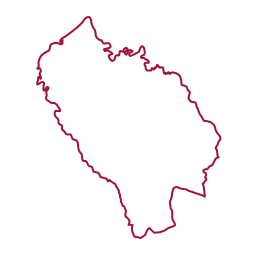 outline of Namacurra, Zambezia, Mozambique, rotated 182°
{"feature_id": "85939544B74893021327700", "entity_name": "Namacurra", "entity_type": "district", "adm_level": 2, "iso_a3": "MOZ", "parent_name": "Mozambique", "parent_adm1": "Zambezia", "projection": "natural_earth1", "projection_center": [37.083, -17.473], "detail": "fine", "context": "isolated", "style": "outline", "palette": "rose", "viewbox_px": 256, "rotation_deg": 182, "n_neighbors": 0, "source": "geoboundaries", "source_scale": "gbopen_adm2", "svg_char_len": 5841}
<svg xmlns="http://www.w3.org/2000/svg" viewBox="0 0 256 256"><g transform="rotate(182 128 128)"><path d="M123.9,31.4L120.3,31.2L120.2,30.1L120.6,27.6L120.5,26.3L119.6,23.4L117.9,19.9L116.5,19.1L114.6,19.4L112.9,18.7L112.0,18.5L111.5,18.6L108.9,20.3L107.1,21.8L106.4,23.7L105.0,27.0L104.2,28.0L103.5,28.4L103.0,28.6L98.2,24.3L92.7,24.9L88.0,26.7L84.8,29.0L83.1,29.9L79.8,31.2L77.9,32.1L77.7,33.2L78.1,34.4L80.0,37.6L80.5,39.0L80.8,42.1L80.8,45.9L81.2,47.0L82.4,49.1L83.5,54.1L83.5,56.1L81.9,60.6L81.6,64.7L80.7,68.6L80.2,69.5L79.1,70.3L77.5,70.7L76.4,70.6L75.2,70.0L73.1,69.3L67.7,68.7L64.6,67.1L61.2,66.3L60.7,66.0L51.3,63.3L49.0,62.2L48.8,63.3L49.0,63.8L50.4,72.5L51.2,74.2L51.3,75.0L51.0,75.3L50.4,75.5L49.1,77.7L48.4,78.2L48.0,78.8L47.9,79.6L48.4,80.5L48.6,80.6L49.0,81.1L49.1,81.8L48.3,83.7L48.2,84.7L48.7,85.4L50.9,86.8L51.2,87.4L51.1,88.0L50.9,88.5L50.2,89.1L47.7,89.7L47.1,89.9L46.3,91.0L45.4,92.3L42.7,93.7L41.5,95.6L39.5,100.1L38.0,101.4L36.6,102.0L37.2,102.7L37.5,103.4L38.3,108.7L39.5,110.8L39.6,111.4L39.2,112.3L37.8,114.5L37.2,117.1L37.0,117.6L35.5,119.5L35.4,120.0L35.4,121.1L35.8,122.6L36.2,123.3L38.3,125.6L40.3,128.9L41.4,132.7L42.3,134.1L44.4,136.0L46.2,137.0L46.7,137.2L47.2,137.1L49.8,137.7L52.5,137.9L54.7,141.7L57.0,144.8L59.4,150.6L60.0,151.2L60.3,151.7L60.5,152.5L60.5,153.5L60.9,154.7L61.4,155.6L61.8,156.0L64.9,156.2L65.9,156.6L66.7,157.2L68.0,158.8L68.4,159.7L68.5,160.7L67.8,164.0L67.4,165.3L67.7,166.6L67.9,166.9L69.4,167.7L69.8,168.5L70.6,170.9L71.2,171.5L72.5,172.0L74.0,172.6L75.2,172.6L75.7,173.0L76.1,174.2L76.4,175.7L76.4,177.1L76.7,178.6L77.4,180.7L78.2,181.8L79.5,183.2L81.8,184.4L85.3,185.2L87.0,184.6L87.5,183.8L88.1,183.6L88.3,184.4L89.4,184.3L89.4,185.1L89.7,185.1L90.7,183.9L92.4,183.3L92.7,183.8L92.7,184.4L93.0,184.5L93.8,184.1L94.1,184.3L94.6,187.5L95.0,188.3L95.0,189.5L96.3,189.9L98.3,189.4L98.6,189.4L99.1,189.9L99.9,191.2L100.3,191.6L101.1,192.0L101.4,191.7L101.7,189.7L102.2,189.5L103.3,189.4L103.3,188.2L104.0,187.5L104.5,188.1L105.4,188.1L106.1,188.6L106.3,188.5L106.6,186.4L109.6,186.1L110.6,186.2L111.3,186.5L112.3,187.7L112.5,188.4L112.5,189.8L113.6,191.7L113.7,192.6L113.1,193.6L111.7,193.9L109.9,193.9L109.5,194.7L109.6,195.5L111.0,196.6L112.4,197.1L114.6,198.5L115.2,198.6L116.9,198.5L117.3,198.8L117.5,199.7L117.1,200.4L114.4,201.9L113.9,203.0L113.9,204.5L114.8,208.6L115.4,209.4L116.4,210.1L116.9,210.2L117.4,209.9L118.2,208.9L119.1,206.9L119.5,204.9L119.8,204.4L127.4,200.3L128.2,200.1L128.7,200.2L129.3,201.0L129.3,202.3L129.1,202.8L128.4,203.4L126.9,204.2L126.5,204.5L126.4,205.3L126.8,205.5L128.1,205.9L129.6,205.7L130.1,205.4L130.5,204.6L131.8,201.6L132.2,201.3L132.5,201.4L133.4,202.0L133.8,202.8L133.7,203.3L132.3,205.4L131.4,206.2L131.2,206.9L131.4,207.4L131.6,207.6L133.2,208.0L134.8,206.6L135.1,205.8L135.2,204.4L135.6,204.0L138.0,204.6L138.5,204.6L138.7,204.4L139.0,203.9L139.2,201.4L139.4,200.6L139.9,200.2L141.8,200.3L142.3,200.1L143.0,199.2L143.5,197.1L144.1,195.7L144.5,195.3L145.7,194.6L146.7,194.6L148.6,196.5L149.6,198.4L149.7,199.2L149.5,200.1L148.3,200.7L146.6,201.2L146.3,201.4L146.3,202.0L147.7,203.2L149.1,203.7L150.6,204.8L151.7,204.8L153.5,204.1L153.9,204.2L154.8,205.7L154.0,206.1L150.8,207.0L148.5,208.0L148.3,208.6L148.3,209.2L148.9,211.0L149.7,211.8L150.4,212.1L152.4,212.0L154.3,211.5L155.5,211.7L155.9,212.0L157.5,214.8L158.4,214.7L159.2,214.9L160.5,215.7L162.4,217.2L163.2,218.6L163.5,219.7L163.6,221.0L164.1,223.5L164.8,225.1L165.9,226.5L167.1,228.7L168.4,232.5L168.8,234.8L169.7,236.7L170.2,237.3L170.8,237.5L172.7,237.3L174.7,235.9L177.3,232.0L179.8,229.2L182.7,226.4L190.8,219.6L194.0,217.2L196.7,215.5L198.1,214.2L198.6,213.4L198.7,212.9L198.7,211.8L198.5,211.6L197.8,211.8L196.5,212.8L196.4,210.6L197.0,209.6L197.5,209.4L198.7,209.3L200.6,210.3L202.1,210.5L204.1,210.4L207.1,209.4L208.2,208.4L208.6,207.6L209.2,203.8L209.9,202.5L212.0,201.4L215.2,199.2L215.8,198.8L217.2,197.2L218.5,195.0L219.3,192.4L219.8,190.5L219.8,190.0L219.4,188.5L219.5,186.6L219.8,185.5L220.6,184.6L220.5,184.1L220.1,183.9L219.2,184.7L218.7,184.7L218.1,184.3L217.1,182.5L217.0,182.0L217.9,180.3L218.2,178.9L217.9,177.8L216.9,176.3L216.7,174.7L217.0,174.3L218.5,175.7L219.0,175.8L219.5,175.6L219.7,175.0L219.3,173.0L220.3,170.7L220.3,169.3L220.1,168.5L219.4,168.6L217.7,169.7L216.5,170.6L215.7,170.9L214.6,170.8L213.6,170.3L213.4,169.2L213.8,167.4L214.0,164.2L213.9,163.5L213.4,162.6L213.1,162.5L212.5,162.7L211.2,165.1L210.4,166.1L209.6,166.1L209.1,165.7L208.9,165.2L209.1,164.4L210.8,161.6L211.0,161.0L210.4,157.9L210.4,157.5L211.0,155.6L211.0,154.8L210.8,154.2L210.4,153.6L209.2,152.7L206.0,150.6L205.3,150.4L202.5,150.4L201.3,149.8L199.7,148.4L197.0,144.6L196.5,143.5L196.6,142.6L196.9,142.5L197.4,142.4L200.4,142.6L200.9,142.5L201.5,141.9L201.7,140.8L201.7,139.2L201.6,138.4L201.1,137.3L198.1,134.3L197.7,132.9L197.6,130.8L197.3,130.0L196.8,129.5L194.6,128.5L194.2,128.0L193.9,127.2L194.0,125.3L193.8,124.4L193.0,123.4L191.3,122.2L189.9,119.9L189.0,119.5L186.0,119.6L185.1,119.4L184.3,118.3L183.2,115.3L181.7,114.5L179.4,113.9L178.2,112.8L177.5,110.6L176.8,105.4L176.4,104.3L175.9,103.2L174.8,101.6L173.8,100.8L173.5,100.3L173.0,98.2L172.9,96.1L172.3,94.3L171.6,93.7L171.1,93.5L169.6,93.5L168.7,93.2L168.2,92.8L166.2,89.1L165.5,88.6L163.1,88.0L162.4,87.5L161.3,84.0L160.8,83.2L160.3,82.9L157.7,82.6L156.1,81.9L155.2,81.1L154.4,79.7L154.1,78.7L153.6,78.0L152.6,77.7L151.2,77.6L150.3,77.1L148.3,76.8L147.6,76.4L146.7,74.7L146.3,74.2L146.0,74.1L145.6,74.3L145.2,75.1L144.7,75.4L143.3,74.1L139.0,71.6L138.4,70.6L137.5,68.8L136.4,67.5L135.6,65.8L135.0,65.1L134.8,63.3L134.0,61.7L133.7,60.6L133.6,58.8L132.7,56.8L132.5,54.3L131.3,52.0L130.8,50.3L130.6,50.0L129.8,49.8L129.0,49.3L128.2,46.9L127.2,45.3L127.1,44.4L127.7,41.6L127.6,40.6L127.3,39.7L127.2,39.4L126.1,38.7L124.9,37.5L124.0,36.4L123.1,34.5L123.9,31.4Z" fill="none" stroke="#9f1239" stroke-width="2"/></g></svg>